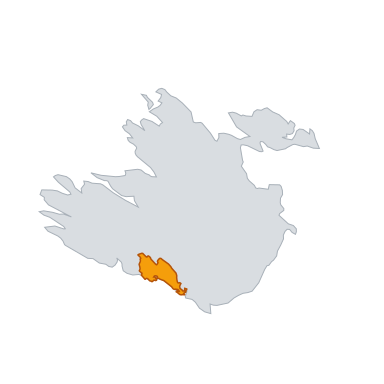 where Waterford sits in Ireland, rotated 43°
{"feature_id": "IRL-1444", "entity_name": "Waterford", "entity_type": "County", "adm_level": 1, "iso_a3": "IRL", "parent_name": "Ireland", "parent_adm1": "", "projection": "natural_earth1", "projection_center": [-7.576, 52.152], "detail": "fine", "context": "in_parent", "style": "filled", "palette": "amber", "viewbox_px": 384, "rotation_deg": 43, "n_neighbors": 0, "source": "natural_earth", "source_scale": "10m", "svg_char_len": 5848}
<svg xmlns="http://www.w3.org/2000/svg" viewBox="0 0 384 384"><g transform="rotate(43 192 192)"><path d="M242.6,82.8L234.7,86.9L233.4,88.5L231.2,94.8L230.9,96.6L225.9,103.7L223.1,105.1L218.9,106.3L216.5,107.4L213.5,106.9L209.7,106.9L207.8,108.2L207.9,109.2L209.0,110.3L216.1,113.6L215.6,114.9L213.7,116.4L201.0,120.3L197.2,122.6L195.9,124.1L197.2,126.6L207.3,134.3L209.0,135.1L210.5,139.5L219.4,141.4L223.1,144.2L226.2,144.8L233.1,144.6L235.8,145.6L237.4,144.9L238.3,143.4L245.9,138.0L243.5,133.9L251.2,127.0L253.3,127.1L257.0,129.2L260.0,132.1L260.9,136.1L263.8,139.6L265.6,140.8L270.5,141.5L271.7,142.9L270.8,148.0L271.5,149.7L284.1,149.6L289.0,147.4L293.4,147.8L295.5,150.0L296.5,152.4L292.8,153.3L288.9,152.8L287.0,154.4L286.9,157.3L288.2,161.2L290.9,163.9L293.0,170.1L294.8,176.9L297.5,181.0L298.1,186.2L297.7,188.7L298.2,193.2L297.1,194.8L298.0,199.1L302.7,212.8L303.6,223.5L301.4,227.5L298.4,231.3L296.5,235.9L295.0,240.8L294.1,248.6L287.6,257.9L284.8,260.2L281.6,261.6L288.7,268.1L283.0,271.0L276.7,271.9L269.7,270.3L265.3,270.5L259.8,273.8L258.5,273.2L255.9,267.9L254.0,273.4L250.0,275.1L243.1,274.8L231.6,276.2L227.1,277.8L225.3,280.2L223.9,283.1L222.1,284.7L220.1,285.6L211.2,287.7L209.4,288.5L205.3,293.1L199.9,295.8L195.4,296.5L191.4,293.9L189.8,292.3L188.0,291.5L181.9,291.6L183.8,292.4L185.0,294.3L185.6,297.9L184.9,301.4L181.9,303.2L178.3,303.6L172.6,307.2L165.1,308.2L161.0,311.6L136.1,317.3L134.7,317.4L131.3,315.9L127.5,315.3L123.8,315.7L113.4,318.9L108.3,318.3L114.9,310.4L123.5,306.4L124.4,305.3L121.6,304.7L105.2,307.5L99.5,309.9L93.7,310.6L96.4,306.9L103.8,302.0L110.2,298.7L113.0,295.8L120.8,292.5L95.8,299.3L89.2,298.5L87.7,296.6L82.6,297.5L80.7,292.9L88.4,286.0L92.8,283.0L98.0,281.4L103.1,279.0L105.0,276.2L102.6,275.3L87.6,276.0L80.4,275.4L80.8,273.2L82.2,270.7L89.7,266.4L93.7,265.8L97.3,266.2L103.7,268.7L112.1,267.9L108.6,265.1L108.1,259.6L105.4,257.8L108.9,255.2L112.9,253.7L119.5,248.4L121.9,247.6L134.9,246.3L149.0,243.5L163.0,239.7L155.8,237.6L152.4,234.7L146.9,240.4L142.9,242.6L131.7,243.8L128.2,243.1L123.2,241.4L121.7,242.0L120.2,243.4L112.8,246.2L105.0,246.9L114.1,241.8L125.6,233.0L128.2,230.3L131.9,225.5L130.8,223.4L128.5,222.2L136.8,212.4L139.8,210.6L145.1,210.3L149.0,208.7L150.7,208.7L152.3,208.1L155.7,205.2L150.4,203.3L145.0,202.4L128.2,203.4L126.0,203.2L123.9,202.3L122.6,201.0L121.6,197.6L120.3,196.9L116.6,196.9L112.8,197.9L110.2,197.8L107.6,196.3L111.8,192.9L106.5,192.1L101.2,192.8L96.7,191.8L96.6,189.6L98.7,187.5L96.1,185.5L95.5,182.9L98.4,181.7L101.4,182.1L107.7,180.2L115.7,179.3L108.9,177.4L106.2,175.8L106.1,173.4L106.6,171.3L114.6,167.7L123.1,166.2L122.5,163.9L123.1,161.3L114.6,160.6L106.1,162.4L107.1,157.6L109.1,153.2L109.6,150.4L109.2,147.3L105.2,148.6L104.8,144.3L103.2,141.4L97.3,143.4L97.5,139.5L99.2,136.8L102.3,135.6L105.3,136.1L110.9,136.1L116.4,134.0L124.2,133.5L136.7,134.1L145.2,139.9L147.5,138.9L150.9,135.2L152.5,134.8L165.4,136.4L173.5,138.5L175.6,137.9L174.5,133.8L171.7,131.0L175.2,127.3L179.4,124.8L182.3,123.6L188.8,122.0L191.6,120.6L193.5,115.9L196.5,111.9L180.2,114.0L164.7,109.3L167.2,106.0L170.5,104.2L176.2,102.7L176.7,101.0L179.6,99.6L184.3,95.8L182.6,91.0L183.5,87.4L186.9,85.0L188.0,81.7L189.5,79.2L196.4,78.4L203.0,76.1L213.2,75.8L215.9,76.7L215.3,72.7L220.1,72.1L221.9,72.9L222.8,75.8L224.9,77.6L225.6,80.8L224.2,83.3L221.7,85.1L223.9,87.1L220.5,90.6L224.2,89.1L229.5,85.7L229.3,82.9L228.4,79.3L226.9,76.2L227.6,72.7L230.6,70.5L238.4,69.4L235.2,65.4L238.1,65.1L241.2,65.9L245.8,69.0L255.5,73.3L250.8,77.2L244.9,79.8L242.6,82.8ZM104.4,159.2L104.2,161.0L100.4,158.7L98.7,156.1L88.4,155.0L92.7,152.4L94.8,153.2L102.0,153.3L104.1,154.4L104.4,159.2Z" fill="#d9dde1" stroke="#a8b0b8" stroke-width="1"/><path d="M254.6,266.8L254.6,267.1L254.7,267.8L254.8,268.1L255.5,269.2L255.7,269.8L255.1,271.4L255.2,272.1L256.5,272.1L256.5,272.5L255.6,273.0L254.2,274.6L253.3,275.2L252.1,275.4L249.8,275.5L248.7,275.7L249.0,274.9L250.5,273.4L249.4,273.0L248.7,272.9L248.0,273.0L248.0,273.4L248.3,273.6L248.4,273.8L248.6,274.0L248.7,274.3L248.2,274.2L247.5,273.9L247.1,273.8L246.5,274.0L246.2,274.4L245.9,274.8L245.6,275.2L244.6,275.6L243.6,275.6L241.7,275.2L231.8,276.0L228.3,277.5L226.4,277.9L226.2,278.0L226.0,278.4L225.7,278.7L225.2,278.8L224.8,278.5L224.6,278.1L224.5,277.6L224.3,277.4L223.4,277.6L222.4,278.2L221.8,279.1L222.0,280.2L222.5,279.7L223.3,279.6L224.2,279.8L225.8,280.3L226.1,280.4L226.2,280.7L225.9,281.5L224.3,282.4L224.1,284.4L223.9,284.9L223.5,285.0L223.0,285.1L222.6,285.3L221.6,285.8L218.9,285.6L217.8,286.0L217.4,286.9L217.4,287.6L217.1,287.9L211.6,287.3L211.5,287.1L211.4,286.5L211.2,285.9L210.6,285.6L210.5,285.8L209.7,285.6L207.7,285.7L207.4,285.6L207.1,285.4L207.0,285.1L206.7,284.1L206.5,283.8L206.3,283.5L204.8,282.3L204.1,281.9L203.6,281.6L203.4,281.4L202.8,281.1L202.6,280.8L202.4,280.4L201.8,278.6L201.5,277.9L200.8,277.1L200.0,276.6L199.8,276.4L199.8,275.7L199.7,275.4L199.3,275.3L198.7,275.1L198.4,275.0L198.1,274.9L196.1,275.0L195.8,275.0L195.5,274.9L195.3,274.6L195.5,274.2L195.7,273.5L196.6,272.0L196.8,271.4L197.8,270.5L202.4,270.7L202.9,270.6L203.4,270.3L203.4,270.1L203.3,269.6L203.3,269.3L203.4,269.0L203.6,268.6L204.1,268.4L205.7,268.3L206.3,268.4L206.7,268.5L207.0,268.8L207.4,268.9L207.9,269.1L214.7,269.6L215.4,269.5L215.8,269.3L215.7,268.3L215.6,267.7L215.4,267.3L215.4,267.0L215.3,266.8L215.1,266.7L214.8,266.6L214.0,266.3L213.9,266.2L213.6,265.2L213.6,263.8L213.5,263.3L213.6,262.9L213.7,262.5L214.2,262.0L214.5,261.8L214.9,261.7L216.3,261.7L223.9,260.7L227.3,261.0L229.3,261.6L235.5,262.2L237.5,263.3L238.1,263.8L239.1,265.0L240.8,266.5L242.3,267.5L243.1,267.9L243.6,268.0L243.8,267.9L244.0,267.8L244.8,266.9L244.9,266.7L245.3,266.6L245.7,266.5L246.3,266.5L247.1,269.2L249.0,270.7L251.5,270.4L252.6,270.7L254.0,269.6L252.4,267.4L253.6,266.8L254.3,266.5L254.6,266.8Z" fill="#f59e0b" stroke="#b45309" stroke-width="1.5"/></g></svg>